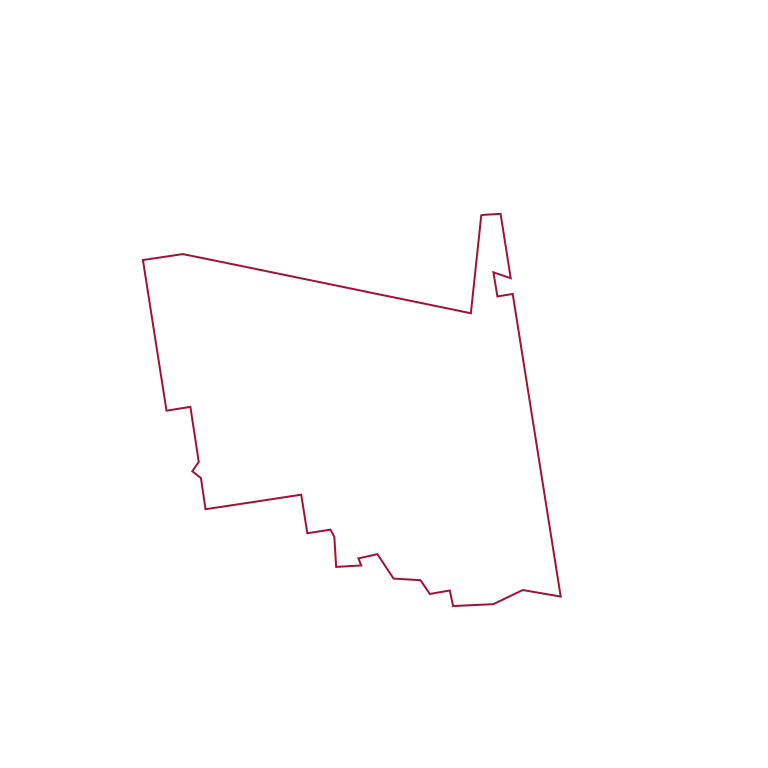 outline of Dodge, Georgia, United States of America, rotated 306°
{"feature_id": "52423323B39944248465098", "entity_name": "Dodge", "entity_type": "district", "adm_level": 2, "iso_a3": "USA", "parent_name": "United States of America", "parent_adm1": "Georgia", "projection": "mercator", "projection_center": [-83.2, 32.176], "detail": "fine", "context": "isolated", "style": "outline", "palette": "rose", "viewbox_px": 768, "rotation_deg": 306, "n_neighbors": 0, "source": "geoboundaries", "source_scale": "gbopen_adm2", "svg_char_len": 574}
<svg xmlns="http://www.w3.org/2000/svg" viewBox="0 0 768 768"><g transform="rotate(306 384 384)"><path d="M207.9,452.8L223.8,472.2L227.9,465.8L242.5,478.7L232.2,506.1L246.7,528.8L241.1,544.5L255.6,558.6L245.0,570.4L270.1,601.8L298.9,617.4L315.9,651.9L532.5,435.2L521.5,424.3L538.6,406.9L544.1,424.3L590.2,378.3L579.5,365.3L577.7,363.5L492.3,412.7L393.4,194.4L370.8,144.8L342.6,116.1L234.6,223.7L251.7,240.8L212.1,279.9L200.7,280.2L200.3,291.2L177.8,313.2L245.8,382.1L218.2,409.7L234.7,426.3L231.2,433.6L207.9,452.8Z" fill="none" stroke="#9f1239" stroke-width="2"/></g></svg>